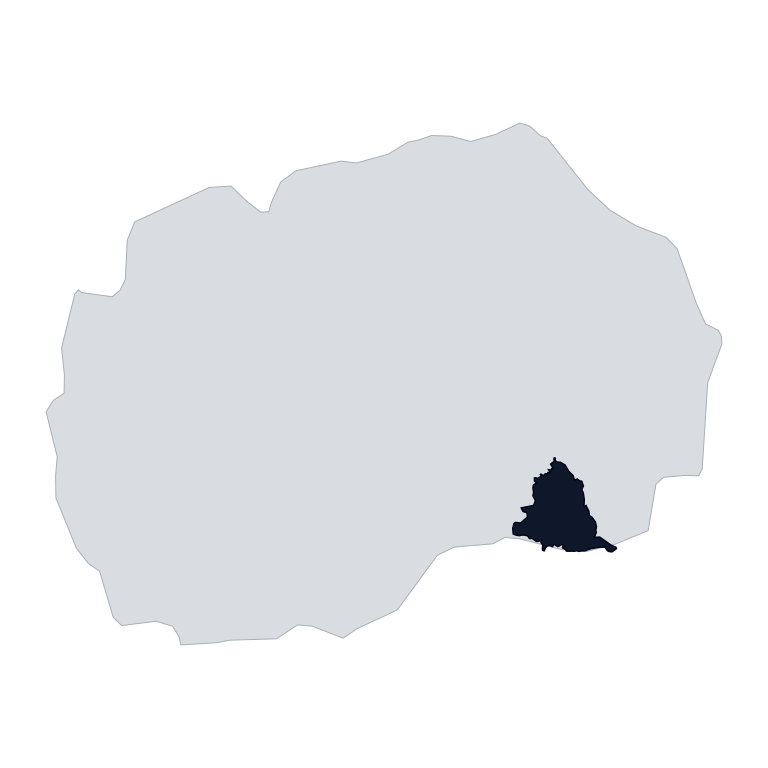 location of Gevgelija, Gevgelija, North Macedonia
{"feature_id": "65306769B17532316382540", "entity_name": "Gevgelija", "entity_type": "district", "adm_level": 2, "iso_a3": "MKD", "parent_name": "North Macedonia", "parent_adm1": "Gevgelija", "projection": "equal_earth", "projection_center": [22.386, 41.253], "detail": "fine", "context": "in_parent", "style": "filled", "palette": "ink", "viewbox_px": 768, "rotation_deg": 0, "n_neighbors": 0, "source": "geoboundaries", "source_scale": "gbopen_adm2", "svg_char_len": 3156}
<svg xmlns="http://www.w3.org/2000/svg" viewBox="0 0 768 768"><path d="M341.6,161.2L356.3,163.0L388.1,154.2L408.0,142.1L418.1,140.2L431.6,135.5L450.9,136.2L470.5,141.5L495.4,134.5L519.8,123.1L529.6,126.0L540.3,135.7L547.3,138.3L587.8,189.5L610.1,210.3L636.4,226.0L666.4,237.5L677.1,248.6L696.3,303.2L705.6,324.0L718.3,330.2L721.4,336.2L721.9,344.1L707.7,382.6L702.2,469.0L698.6,475.8L683.6,475.5L663.6,477.3L656.0,484.0L648.1,530.6L616.0,543.9L586.8,551.4L562.2,549.7L519.0,538.7L504.9,537.5L492.8,543.8L454.2,547.1L437.3,555.3L397.3,609.9L357.0,628.7L343.2,638.2L312.4,626.2L297.7,624.9L276.3,638.8L229.5,640.2L216.8,642.7L180.8,644.9L179.3,637.3L172.7,626.3L156.0,621.2L121.6,625.6L113.3,617.5L99.6,571.2L88.6,563.7L76.4,548.2L55.9,497.9L55.6,475.9L57.2,456.7L46.1,411.8L53.3,400.4L64.1,393.2L64.4,375.2L61.6,347.7L74.8,293.9L78.3,290.0L81.5,292.5L112.2,296.8L120.2,290.0L125.3,279.4L127.3,240.1L134.7,221.9L209.2,187.4L230.9,186.1L247.6,202.0L260.8,212.1L268.7,211.8L271.7,201.6L280.8,181.9L296.1,170.7L341.2,161.1L341.6,161.2Z" fill="#d9dde1" stroke="#a8b0b8" stroke-width="1"/><path d="M533.5,485.0L532.9,487.7L533.6,492.5L532.9,495.7L535.4,500.6L533.6,505.4L521.2,507.9L523.0,511.5L527.0,512.8L527.4,517.0L520.6,523.0L515.5,522.4L514.0,523.4L512.7,528.3L513.2,534.0L513.9,534.2L514.9,534.8L516.8,535.3L519.6,535.7L521.4,535.1L523.8,535.1L524.4,535.1L527.2,535.8L528.4,536.6L528.4,536.9L528.6,537.4L529.3,538.4L530.1,538.6L530.7,538.5L531.6,538.4L532.4,538.7L534.2,539.8L536.1,541.3L537.4,541.4L538.8,541.3L539.5,540.9L540.5,540.6L541.7,540.2L541.1,541.3L541.0,542.6L541.1,542.8L541.2,543.0L541.4,543.1L541.7,543.4L542.4,544.7L542.8,545.4L542.7,546.5L542.4,547.3L542.4,548.7L542.6,550.3L544.1,550.8L544.5,550.7L544.5,550.4L544.5,550.0L545.7,547.4L548.0,545.7L548.6,545.5L549.2,545.5L550.6,545.8L551.9,546.5L552.4,546.6L553.0,545.9L553.6,545.0L554.0,544.9L554.8,544.8L555.1,544.8L556.7,546.0L557.8,546.6L559.8,545.7L560.1,545.3L560.9,544.8L562.6,544.8L563.2,545.2L563.3,545.4L563.0,545.7L562.7,546.4L562.6,547.2L562.5,547.6L562.7,547.9L563.6,548.5L564.5,548.8L564.8,549.0L565.8,549.8L566.0,550.4L566.4,551.1L567.6,551.2L570.5,551.2L572.0,551.1L574.5,551.3L575.3,551.1L576.1,550.8L577.0,550.8L578.4,551.3L579.7,551.3L581.0,551.0L583.4,550.7L583.7,551.0L585.6,550.6L587.8,549.7L590.4,548.8L593.1,548.3L597.7,547.5L598.0,547.4L598.3,547.4L598.6,547.3L602.1,547.2L605.0,547.0L605.3,547.8L607.0,550.0L608.2,551.2L608.7,551.4L611.0,551.8L611.8,551.8L612.2,551.8L616.5,548.6L616.0,547.2L611.0,545.1L599.8,537.1L594.4,537.3L596.3,532.5L595.8,530.1L596.5,526.7L595.4,522.0L592.0,517.3L589.4,515.5L588.8,511.0L586.0,505.5L584.6,506.8L584.0,505.5L584.3,499.4L583.3,493.0L581.8,489.4L583.4,485.9L581.7,481.2L579.7,480.9L577.4,479.0L574.5,480.0L573.0,475.4L568.8,471.4L565.1,465.0L560.4,462.3L556.9,462.0L555.3,460.4L555.2,458.1L554.2,457.9L553.9,458.9L554.2,461.3L550.6,464.1L553.3,468.7L551.5,468.8L550.8,470.2L548.6,469.7L550.4,472.7L547.9,472.5L547.4,473.8L545.3,473.7L543.4,475.7L540.9,474.1L540.4,474.5L541.1,475.5L540.7,476.5L537.3,478.5L535.8,477.7L534.4,478.0L534.4,480.9L536.4,483.1L533.5,485.0Z" fill="#0f172a" stroke="#020617" stroke-width="1.5"/></svg>